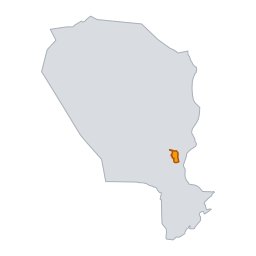 Bouza, Tahoua, Niger (highlighted), rotated 271°
{"feature_id": "23599985B24942158565256", "entity_name": "Bouza", "entity_type": "district", "adm_level": 2, "iso_a3": "NER", "parent_name": "Niger", "parent_adm1": "Tahoua", "projection": "mercator", "projection_center": [6.113, 14.511], "detail": "fine", "context": "in_parent", "style": "filled", "palette": "amber", "viewbox_px": 256, "rotation_deg": 271, "n_neighbors": 0, "source": "geoboundaries", "source_scale": "gbopen_adm2", "svg_char_len": 3554}
<svg xmlns="http://www.w3.org/2000/svg" viewBox="0 0 256 256"><g transform="rotate(271 128 128)"><path d="M206.0,186.5L203.5,186.5L202.0,187.0L200.2,188.4L198.1,188.9L195.6,190.2L194.1,191.2L192.6,191.9L190.6,193.8L189.9,195.3L187.9,195.6L185.0,195.3L183.2,193.9L179.1,192.3L176.4,191.7L175.1,191.5L168.7,191.3L161.9,191.9L158.5,192.6L157.8,192.7L155.9,193.7L154.2,194.7L149.8,199.4L144.0,199.2L140.6,198.7L137.7,198.0L133.5,195.8L128.4,192.4L126.5,192.0L124.7,191.7L124.1,191.8L118.1,195.1L116.9,195.0L115.5,195.4L114.5,196.2L113.8,196.6L113.1,196.7L112.2,196.5L111.2,196.0L110.3,195.1L107.8,191.4L107.3,190.7L106.2,189.6L104.4,187.9L103.2,187.1L102.4,186.9L101.6,187.1L96.7,185.6L91.8,184.0L90.8,184.2L90.0,184.5L88.3,185.7L86.3,185.9L83.8,185.8L82.4,185.7L80.2,186.0L78.7,186.5L76.8,187.3L74.2,189.4L73.5,189.7L72.9,190.0L72.1,195.8L71.4,197.6L70.1,199.9L67.6,202.1L65.9,203.4L65.8,205.2L65.7,208.2L65.7,210.2L65.8,211.5L65.5,212.1L65.4,212.7L65.5,213.5L65.9,213.9L66.1,214.5L66.0,214.9L65.1,215.4L64.2,214.1L63.1,213.2L61.8,212.8L61.0,212.1L60.5,211.2L58.9,209.4L55.1,205.8L54.7,205.7L54.0,205.5L52.9,206.0L52.3,206.6L51.8,206.8L51.1,206.8L49.3,207.3L47.8,207.9L47.8,208.3L48.5,211.1L48.2,212.5L47.5,211.8L45.4,209.1L44.0,207.1L43.7,206.6L43.5,205.9L43.7,205.6L44.2,205.4L45.6,205.1L45.8,204.9L45.9,204.4L45.7,203.3L44.9,201.9L44.2,201.0L43.7,200.8L42.9,200.7L42.1,200.9L40.5,202.0L39.7,202.2L38.1,202.1L36.6,201.9L35.7,201.3L33.0,199.0L30.0,196.6L28.7,196.3L28.5,196.0L28.3,194.2L28.3,192.0L28.5,191.4L29.7,191.7L31.0,191.9L31.5,191.5L30.4,190.7L28.9,189.9L28.3,188.7L27.9,188.2L27.2,187.8L26.4,187.6L25.6,187.3L25.1,186.9L24.2,186.7L23.3,186.5L21.9,184.5L20.6,182.6L19.8,181.1L19.6,180.2L19.9,178.6L19.6,178.0L18.1,176.4L16.9,175.0L17.2,172.7L17.4,170.8L17.4,169.6L17.6,168.9L17.8,168.2L18.6,167.9L20.7,168.0L24.7,168.3L27.9,167.9L28.1,167.8L30.3,165.8L32.9,163.7L36.6,163.5L40.7,163.3L43.9,163.1L48.6,163.0L52.4,162.8L56.8,162.7L56.9,161.7L57.2,161.5L57.6,161.4L60.8,162.0L63.9,162.5L64.1,160.6L66.7,158.3L68.3,157.8L68.6,157.4L69.1,156.6L69.4,155.4L69.5,154.6L70.1,153.8L70.5,152.5L71.0,150.2L72.5,147.8L73.4,144.5L73.5,141.3L73.7,138.9L74.1,138.4L74.1,134.1L74.1,129.8L74.1,126.1L74.1,121.6L74.1,117.5L74.1,113.2L74.0,109.3L74.0,106.7L77.1,106.0L80.3,105.4L84.9,104.5L89.9,103.4L95.4,102.3L96.7,101.7L100.8,97.9L102.7,96.2L106.4,92.8L109.2,90.2L112.9,86.8L116.7,83.5L119.8,80.8L124.6,77.7L131.9,73.1L139.2,68.5L146.5,63.9L153.8,59.2L161.1,54.6L168.4,49.9L175.6,45.3L182.9,40.6L190.3,42.4L197.2,44.0L204.2,45.7L205.9,46.7L209.6,50.0L214.3,54.2L214.5,54.3L214.8,54.3L219.3,51.8L225.3,48.6L226.8,57.4L228.0,64.9L228.1,69.7L228.1,71.0L228.6,71.8L229.7,72.6L234.1,79.5L233.2,80.7L233.8,82.9L235.0,83.8L238.7,87.9L239.1,88.7L238.9,89.3L236.4,94.1L235.9,95.3L235.4,101.4L235.0,105.7L234.6,111.6L234.0,118.6L233.5,124.6L232.9,132.4L232.3,139.7L228.6,143.8L222.0,150.9L216.7,156.7L214.0,160.6L208.8,168.1L206.5,173.0L204.7,175.6L203.8,176.7L204.6,180.2L206.0,186.5Z" fill="#d9dde1" stroke="#a8b0b8" stroke-width="1"/><path d="M94.6,178.3L95.0,179.1L95.3,179.4L96.5,179.0L97.8,178.8L99.7,178.2L100.3,178.2L101.2,178.5L101.7,178.3L102.3,178.3L102.8,178.5L104.3,178.2L105.6,177.2L106.0,176.8L105.9,175.9L105.9,174.4L106.7,172.0L106.9,170.1L106.6,170.1L105.8,172.8L104.0,172.8L103.6,172.6L102.8,172.6L102.1,171.7L101.6,171.7L101.3,171.9L100.8,171.8L100.6,171.9L100.5,172.8L99.8,172.8L99.0,172.8L98.5,173.6L98.6,174.4L97.7,174.5L97.2,174.2L95.2,174.6L94.6,174.9L94.5,175.4L94.2,176.3L94.6,178.3Z" fill="#f59e0b" stroke="#b45309" stroke-width="1.5"/></g></svg>